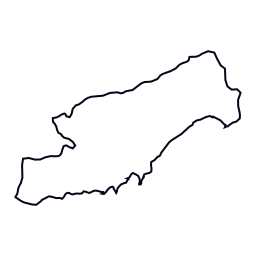 map outline of Mersin (orthographic projection)
{"feature_id": "TUR-2285", "entity_name": "Mersin", "entity_type": "Province", "adm_level": 1, "iso_a3": "TUR", "parent_name": "Turkey", "parent_adm1": "", "projection": "orthographic", "projection_center": [33.75, 36.714], "detail": "fine", "context": "isolated", "style": "outline", "palette": "ink", "viewbox_px": 256, "rotation_deg": 0, "n_neighbors": 0, "source": "natural_earth", "source_scale": "10m", "svg_char_len": 2548}
<svg xmlns="http://www.w3.org/2000/svg" viewBox="0 0 256 256"><path d="M227.8,126.3L227.5,126.3L226.1,126.6L224.9,127.2L225.1,126.7L225.5,124.9L224.2,124.3L220.5,120.4L213.1,116.6L212.6,117.4L210.0,116.0L206.2,116.9L200.3,119.7L197.6,120.2L196.6,120.6L193.9,122.2L193.3,122.6L192.5,124.8L192.0,125.2L189.3,126.8L181.4,134.0L171.8,140.1L169.0,142.5L161.4,152.5L160.6,154.2L160.2,155.3L159.4,156.0L157.5,156.9L154.4,160.2L151.2,162.0L151.0,164.9L151.5,168.5L151.3,171.5L149.5,172.9L146.8,173.5L144.3,174.4L143.4,176.8L143.9,176.6L144.2,176.3L143.9,177.0L142.3,179.3L141.5,180.7L141.2,182.3L141.1,183.6L140.6,184.4L139.1,184.4L139.1,183.7L139.9,181.7L139.5,178.6L138.1,175.8L136.2,174.6L134.9,174.1L133.8,173.3L132.7,173.1L131.3,174.2L129.7,176.9L128.8,177.9L127.3,178.4L128.0,178.6L128.3,178.8L128.5,179.2L127.5,180.1L126.2,182.5L125.1,183.0L124.2,183.1L121.1,184.4L120.5,184.9L117.8,188.0L117.3,189.1L116.7,192.2L116.2,193.0L115.9,192.3L113.7,188.7L113.4,187.2L112.5,186.7L111.3,187.0L110.0,187.5L107.9,189.4L105.9,192.1L103.9,194.0L102.0,193.6L103.2,192.9L103.2,192.1L101.1,191.9L97.3,190.8L95.5,190.6L93.5,190.9L90.3,192.6L89.0,192.9L85.5,191.7L83.6,191.4L81.9,193.4L79.9,193.7L75.9,193.5L73.2,194.3L72.2,194.3L71.1,194.1L69.2,193.0L68.2,192.8L66.2,193.4L65.0,194.8L64.2,196.5L62.9,198.1L62.0,198.8L61.6,198.8L61.3,198.5L60.5,198.1L59.3,197.9L56.5,198.1L50.5,196.5L48.7,196.4L42.9,199.5L41.8,199.9L41.1,201.1L36.2,204.8L32.3,204.5L24.2,202.5L20.8,200.8L15.4,197.1L15.7,196.3L17.1,194.2L17.8,191.5L18.2,188.7L19.4,185.7L20.9,183.0L22.4,177.6L22.1,165.3L23.0,158.7L28.9,158.0L34.8,159.6L40.2,159.5L45.3,157.3L50.6,156.1L56.1,156.3L59.1,155.9L61.2,153.8L62.3,149.8L63.6,146.2L64.9,145.7L66.3,145.4L69.4,147.1L72.8,148.4L75.2,145.5L73.0,142.1L69.0,139.0L64.2,137.7L62.3,136.1L60.7,133.9L58.4,132.8L57.1,129.9L56.3,126.6L54.9,124.0L53.0,121.8L52.8,118.1L56.2,117.5L57.7,117.0L61.7,114.5L64.3,113.5L65.5,114.1L65.7,114.9L66.4,116.3L69.6,117.2L71.6,113.9L72.7,109.0L75.6,105.5L78.9,104.4L81.9,102.3L84.8,99.7L88.0,97.8L91.7,96.7L103.0,95.7L110.1,92.9L117.5,92.3L120.6,93.3L122.8,93.0L126.0,91.2L132.6,90.0L141.1,83.5L144.3,82.1L151.1,81.6L157.3,79.1L160.4,75.4L162.8,73.9L170.6,71.1L175.5,68.6L179.5,64.7L182.2,63.3L186.9,61.7L188.5,60.5L189.5,56.9L196.2,56.7L199.2,55.6L201.9,53.8L208.1,51.2L214.3,52.6L217.3,59.2L220.7,65.4L225.0,68.7L225.4,80.1L227.5,86.5L231.7,89.6L237.2,89.3L240.6,92.8L238.1,99.8L238.2,106.1L239.6,112.4L240.0,115.5L239.7,118.5L236.3,121.6L232.6,122.7L227.9,126.1L227.8,126.3Z" fill="none" stroke="#020617" stroke-width="2"/></svg>